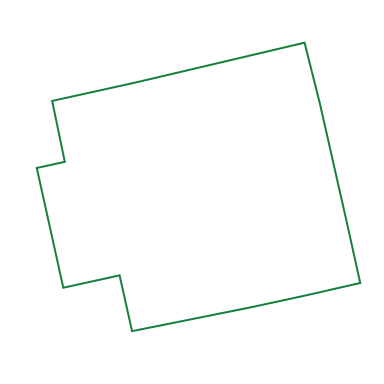 outline of Lapeer, Michigan, United States of America, rotated 259°
{"feature_id": "52423323B42723589239297", "entity_name": "Lapeer", "entity_type": "district", "adm_level": 2, "iso_a3": "USA", "parent_name": "United States of America", "parent_adm1": "Michigan", "projection": "natural_earth1", "projection_center": [-83.274, 43.104], "detail": "fine", "context": "isolated", "style": "outline", "palette": "green", "viewbox_px": 384, "rotation_deg": 259, "n_neighbors": 0, "source": "geoboundaries", "source_scale": "gbopen_adm2", "svg_char_len": 336}
<svg xmlns="http://www.w3.org/2000/svg" viewBox="0 0 384 384"><g transform="rotate(259 192 192)"><path d="M70.6,339.8L131.8,338.2L254.5,334.4L317.1,331.0L310.3,158.6L308.1,72.1L245.9,72.9L245.2,44.2L122.6,47.4L124.0,105.0L66.9,106.6L66.9,113.0L67.6,227.5L68.8,285.0L70.6,339.8Z" fill="none" stroke="#15803d" stroke-width="2"/></g></svg>